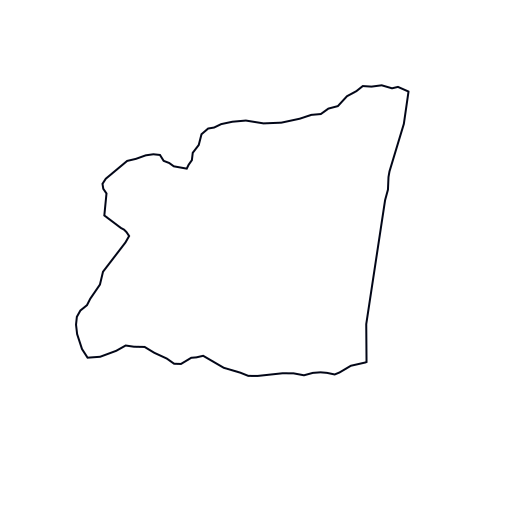 SVG path tracing the border of Gharb - Chrarda - Béni Hssen, rotated 163°
{"feature_id": "MAR-1448", "entity_name": "Gharb - Chrarda - Béni Hssen", "entity_type": "Region", "adm_level": 1, "iso_a3": "MAR", "parent_name": "Morocco", "parent_adm1": "", "projection": "robinson", "projection_center": [-5.873, 34.557], "detail": "fine", "context": "isolated", "style": "outline", "palette": "ink", "viewbox_px": 512, "rotation_deg": 163, "n_neighbors": 0, "source": "natural_earth", "source_scale": "10m", "svg_char_len": 1226}
<svg xmlns="http://www.w3.org/2000/svg" viewBox="0 0 512 512"><g transform="rotate(163 256 256)"><path d="M62.1,368.6L76.0,339.1L103.6,297.9L106.2,292.8L110.4,280.9L116.2,271.7L170.5,158.6L181.3,122.3L182.6,122.2L197.4,123.3L210.2,120.2L215.4,119.7L222.3,123.5L228.3,125.9L235.8,127.6L245.0,127.9L254.4,132.8L264.9,136.1L289.4,140.8L298.4,143.6L305.1,149.0L319.5,158.5L335.7,176.0L342.7,176.5L347.7,177.6L359.3,174.7L365.8,176.9L371.3,184.0L381.6,193.2L389.1,201.6L399.2,204.9L406.8,208.5L417.4,206.2L434.5,205.2L446.8,208.0L449.6,217.9L449.9,233.6L448.2,242.9L445.1,250.2L439.9,255.2L432.0,258.4L427.0,263.6L413.6,274.3L406.9,285.7L376.9,307.1L371.5,312.2L372.9,316.8L374.5,319.8L377.0,322.3L389.2,339.1L380.7,359.5L382.4,364.9L381.7,369.9L377.1,373.8L351.4,384.6L342.4,384.0L332.0,384.5L324.4,383.3L318.3,380.7L316.5,374.0L311.8,370.3L308.4,365.8L296.7,359.8L293.7,363.0L289.3,366.4L286.3,373.2L278.3,378.9L272.5,388.4L264.5,391.9L258.5,391.1L250.7,392.3L239.3,391.3L226.1,388.5L210.0,380.6L192.8,376.1L174.0,374.5L161.9,374.8L152.5,372.8L143.7,375.8L133.9,375.4L122.3,382.2L111.8,384.3L104.2,387.3L96.0,384.2L85.9,382.5L76.9,376.6L70.8,376.2L62.1,368.7L62.1,368.6Z" fill="none" stroke="#020617" stroke-width="2"/></g></svg>